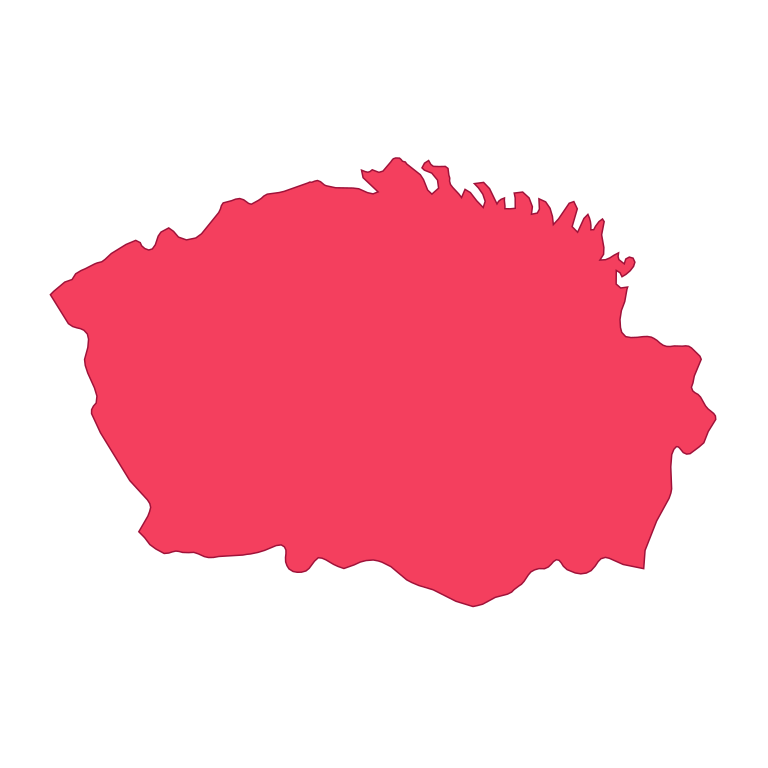 the Prefecture of Iwate, rotated 268°
{"feature_id": "JPN-1865", "entity_name": "Iwate", "entity_type": "Prefecture", "adm_level": 1, "iso_a3": "JPN", "parent_name": "Japan", "parent_adm1": "", "projection": "robinson", "projection_center": [141.477, 39.602], "detail": "fine", "context": "isolated", "style": "filled", "palette": "rose", "viewbox_px": 768, "rotation_deg": 268, "n_neighbors": 0, "source": "natural_earth", "source_scale": "10m", "svg_char_len": 4235}
<svg xmlns="http://www.w3.org/2000/svg" viewBox="0 0 768 768"><g transform="rotate(268 384 384)"><path d="M484.9,53.7L488.1,57.1L497.0,68.5L499.3,75.9L504.9,79.7L508.0,85.3L509.6,89.4L514.1,99.0L515.0,101.5L516.0,106.2L518.2,109.5L523.9,116.0L532.5,131.1L536.2,140.9L533.8,145.3L530.6,146.6L527.7,149.7L526.1,153.6L527.1,157.2L531.1,160.3L539.7,163.5L543.6,166.4L547.5,174.3L543.9,179.0L538.0,183.7L534.9,191.6L536.5,201.0L540.5,206.9L561.1,224.8L564.5,226.6L567.9,227.7L570.6,229.6L572.5,238.0L573.9,242.1L574.4,246.3L573.0,250.2L569.2,255.0L568.3,257.7L571.8,264.7L573.8,267.9L576.0,270.4L577.8,273.9L579.0,285.9L580.0,290.9L587.6,315.0L588.4,316.9L588.1,318.9L589.1,321.6L589.7,324.6L588.4,327.6L584.9,331.5L584.1,333.3L581.8,342.5L580.9,359.8L580.0,365.6L575.8,374.2L574.4,379.7L576.2,384.8L590.9,370.3L598.5,369.0L596.9,372.7L596.2,375.3L596.8,377.4L598.5,379.7L595.7,386.3L596.8,390.4L605.9,398.7L607.5,399.9L608.8,401.2L609.5,403.6L609.2,407.4L607.7,409.0L606.0,410.2L605.1,413.1L603.1,414.4L591.9,427.6L586.9,430.6L576.3,434.4L572.1,438.5L577.8,445.4L585.9,444.6L593.1,439.1L596.3,431.8L598.7,429.5L603.3,432.2L605.8,436.4L601.8,438.5L599.8,440.9L599.4,446.5L599.3,452.9L597.2,455.5L590.5,456.1L587.5,456.9L584.5,456.6L581.1,457.4L578.1,459.5L571.2,465.5L567.6,468.0L575.7,471.8L572.3,477.0L563.8,483.1L556.9,489.3L563.1,491.5L570.2,489.4L576.7,485.2L581.1,481.3L582.0,490.6L575.6,496.3L560.0,503.2L562.6,504.9L564.5,507.5L565.7,510.9L563.1,510.7L557.6,511.1L555.0,510.9L554.7,516.0L555.0,521.3L565.4,521.6L570.3,520.8L570.3,521.3L571.0,529.3L564.9,535.5L556.0,538.5L548.5,537.3L549.5,543.2L553.3,545.4L563.7,545.3L560.4,551.9L553.8,556.1L545.6,558.2L537.4,558.8L542.9,564.2L558.2,575.4L559.7,580.1L552.3,583.3L534.7,577.5L528.9,582.8L542.5,589.6L546.4,593.7L542.8,595.1L538.9,596.0L535.0,596.3L530.9,596.1L530.9,599.0L534.3,600.9L538.8,604.5L541.3,608.1L538.6,609.7L525.5,606.7L512.7,608.5L506.0,608.0L500.3,604.1L500.5,609.8L502.2,614.2L504.7,618.4L506.9,623.0L503.2,622.4L500.1,623.1L495.7,628.3L500.5,630.0L502.3,633.6L501.1,637.3L497.0,639.0L492.8,637.5L488.6,634.0L485.1,629.6L482.9,625.6L487.0,623.7L489.4,620.1L475.8,619.5L471.7,623.9L472.4,630.9L470.2,630.1L458.0,627.5L449.1,623.8L440.2,622.1L432.2,622.3L427.3,623.4L422.9,627.2L421.8,632.4L421.8,638.7L422.3,644.6L422.3,648.9L421.5,652.8L420.1,655.4L418.0,658.4L415.3,661.2L413.0,664.3L411.7,667.8L411.5,671.4L411.9,675.5L411.4,683.5L411.6,686.8L411.1,689.9L409.3,692.6L400.8,700.7L397.6,701.9L381.2,694.4L374.3,692.8L370.0,691.1L366.4,692.3L364.4,694.5L362.6,697.5L359.9,699.9L350.8,704.6L347.8,707.0L343.0,712.5L340.5,714.1L337.0,714.3L325.2,706.4L314.1,701.6L310.1,696.7L303.7,687.5L303.4,684.0L305.0,680.7L309.9,677.0L311.0,675.7L311.2,674.0L308.6,671.4L303.4,669.1L291.1,667.7L269.1,667.8L265.0,666.9L259.8,664.9L237.6,651.7L208.6,639.1L190.4,637.1L195.3,616.7L202.0,603.0L203.0,599.2L201.8,594.7L199.0,591.8L194.8,588.8L190.3,584.5L188.0,579.6L187.4,574.0L188.5,568.5L192.1,560.5L195.6,556.9L199.2,554.8L201.7,552.8L202.4,550.1L200.6,547.2L198.0,544.8L195.4,541.9L193.8,538.0L194.1,532.4L193.0,528.0L191.1,524.3L188.2,521.6L181.9,517.1L179.1,514.4L177.3,511.5L174.0,506.8L171.6,504.3L169.7,500.2L166.9,487.8L160.5,474.9L159.3,469.7L158.5,465.2L164.3,448.4L176.6,426.0L181.4,411.8L184.6,404.9L187.5,399.8L201.2,384.6L206.0,375.8L207.4,372.0L208.5,367.1L208.2,359.9L206.9,354.1L204.3,347.9L201.0,337.5L203.3,331.6L205.5,327.3L210.3,319.8L212.1,316.0L212.7,312.3L209.4,308.4L202.3,302.7L199.9,299.5L198.8,294.9L198.9,290.6L199.8,286.6L202.5,282.6L205.8,280.7L209.6,279.5L214.0,279.5L217.9,280.1L221.5,280.2L224.7,278.8L226.8,275.7L226.3,270.6L221.9,258.9L220.1,252.2L218.8,244.5L218.6,241.2L218.0,237.0L217.4,212.9L216.6,207.4L216.7,202.5L217.8,198.4L220.7,192.6L222.4,188.0L222.3,182.8L222.7,176.9L223.8,173.3L224.3,170.1L223.6,166.5L222.6,163.1L222.3,158.4L227.1,150.2L231.7,144.4L238.8,139.4L244.9,133.8L260.2,143.4L264.7,145.3L268.8,146.5L272.6,145.8L276.4,143.6L296.3,126.6L345.2,98.9L364.6,90.7L368.6,90.9L372.0,92.8L375.1,95.7L381.9,96.7L390.2,94.5L405.3,88.3L412.9,86.1L419.0,85.6L430.9,89.3L439.1,90.3L444.3,89.3L448.2,86.0L449.9,82.6L450.9,78.9L452.3,74.9L455.3,70.7L482.8,54.9L484.9,53.7Z" fill="#f43f5e" stroke="#9f1239" stroke-width="1.5"/></g></svg>